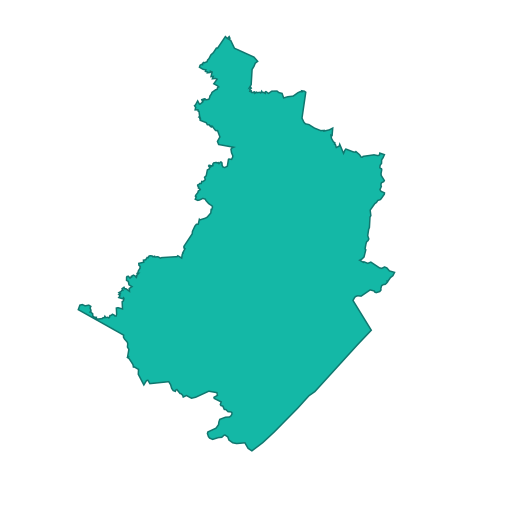 the district of Francisco Z. Mena, Puebla, Mexico, rotated 207°
{"feature_id": "50627088B96858950012844", "entity_name": "Francisco Z. Mena", "entity_type": "district", "adm_level": 2, "iso_a3": "MEX", "parent_name": "Mexico", "parent_adm1": "Puebla", "projection": "robinson", "projection_center": [-97.773, 20.706], "detail": "fine", "context": "isolated", "style": "filled", "palette": "teal", "viewbox_px": 512, "rotation_deg": 207, "n_neighbors": 0, "source": "geoboundaries", "source_scale": "gbopen_adm2", "svg_char_len": 6123}
<svg xmlns="http://www.w3.org/2000/svg" viewBox="0 0 512 512"><g transform="rotate(207 256 256)"><path d="M286.0,424.5L287.7,424.8L290.2,424.0L289.5,423.4L291.2,422.5L292.8,420.5L295.5,415.3L299.9,412.4L303.1,409.4L306.6,412.7L309.8,412.0L312.2,412.5L316.8,410.0L318.7,406.5L321.8,407.0L322.2,406.6L321.6,405.1L323.7,405.1L324.6,404.6L325.8,405.4L325.8,403.4L327.2,403.4L329.1,402.0L329.8,402.3L330.9,400.5L331.7,401.6L332.2,401.4L331.9,400.7L334.1,399.7L335.1,400.9L335.6,400.0L336.3,399.9L336.3,400.9L337.1,401.5L336.5,403.2L337.3,403.3L337.2,403.9L337.6,404.0L338.3,403.0L338.1,406.5L344.2,420.5L343.9,424.0L344.2,427.5L342.9,430.2L348.1,432.3L369.5,431.3L376.4,436.6L378.5,436.8L378.1,438.2L379.5,439.3L380.2,436.8L382.9,437.6L384.6,423.8L385.7,423.3L386.3,417.8L387.5,414.7L387.5,410.5L388.1,408.6L387.8,406.9L389.9,404.6L390.5,404.7L391.0,403.5L390.5,402.2L391.4,402.1L392.4,400.6L392.1,398.5L387.7,398.3L385.2,399.1L384.9,397.5L382.7,398.0L382.5,397.1L380.3,398.6L380.6,399.9L379.7,399.9L379.6,399.4L378.6,399.9L377.5,395.4L375.6,396.6L375.3,394.1L372.7,395.8L370.9,395.9L371.8,390.3L367.9,390.2L366.0,389.7L366.7,388.5L366.3,386.9L367.5,385.7L369.5,381.8L369.3,379.9L369.7,377.6L369.2,376.0L369.2,374.2L371.5,372.4L372.8,372.9L373.6,372.5L373.1,371.6L373.3,370.8L374.6,371.4L375.3,370.7L373.4,369.0L374.8,365.9L375.3,365.6L378.4,367.7L378.5,363.2L379.0,362.0L377.2,361.0L376.6,358.6L374.1,359.9L373.3,358.8L372.3,358.8L369.8,355.1L369.9,354.0L369.2,354.3L368.7,353.3L368.2,353.6L367.5,352.6L367.7,351.8L367.1,351.6L360.8,352.2L359.0,350.9L357.1,351.7L356.4,351.1L353.8,350.5L355.0,351.4L354.0,351.8L349.6,349.7L348.5,349.5L347.2,350.3L342.2,345.7L342.4,340.6L339.9,338.4L325.4,342.7L326.4,341.5L326.8,339.8L324.7,336.9L322.2,334.8L321.7,333.7L321.6,331.0L324.2,330.1L324.4,329.6L322.3,323.0L324.0,320.6L325.7,320.3L327.3,321.3L328.6,323.5L329.6,323.9L330.3,323.6L330.9,321.5L332.1,322.1L332.9,321.2L334.0,321.3L336.0,319.7L336.2,318.2L335.4,316.9L335.7,316.5L339.0,315.6L339.1,314.7L338.6,314.4L336.9,314.7L337.5,313.4L337.1,312.5L338.4,310.6L336.8,304.9L337.6,302.8L336.0,301.3L336.0,300.5L336.9,298.4L338.2,297.8L337.7,295.8L339.1,295.0L339.0,294.5L340.2,292.8L339.8,292.0L338.3,291.4L338.3,290.5L336.5,290.3L335.8,289.8L337.0,287.6L336.6,286.2L337.3,282.6L337.1,281.7L336.1,281.6L335.9,279.0L333.2,279.1L331.8,280.2L329.5,283.2L326.9,283.6L325.8,282.7L322.0,281.2L317.9,280.7L317.0,279.9L316.5,277.3L317.1,277.1L315.8,273.8L317.1,268.5L318.3,266.7L322.5,262.6L323.1,262.9L321.9,258.1L323.5,257.2L324.0,254.8L323.8,249.1L322.9,246.8L324.6,231.8L324.0,231.3L324.0,230.5L322.6,230.3L322.7,225.6L322.3,225.5L322.5,224.1L321.3,220.4L325.8,220.7L326.0,219.6L339.4,211.7L340.2,210.7L343.1,210.8L345.5,209.3L346.2,209.1L346.4,209.6L347.6,208.5L348.5,208.9L350.4,208.2L351.3,207.3L351.3,205.5L352.3,205.3L352.6,202.5L354.4,201.2L353.2,199.5L357.1,196.2L356.1,194.6L354.6,194.2L353.8,192.4L354.1,189.4L353.6,187.4L354.1,186.5L353.6,186.0L352.9,186.7L353.5,184.3L352.9,183.4L352.9,182.5L354.8,183.3L356.5,183.3L357.9,181.2L357.3,180.9L358.2,179.1L360.6,180.0L361.6,179.2L361.7,178.4L360.3,175.5L358.3,175.4L356.1,172.7L352.6,172.4L354.2,169.5L352.7,167.1L357.0,167.8L358.1,167.2L359.4,168.2L360.5,166.1L359.2,165.0L359.8,164.8L360.2,163.0L361.5,161.2L360.0,161.0L360.8,159.6L359.5,159.5L359.8,159.0L359.1,158.2L359.4,156.7L355.6,157.3L355.1,158.7L354.3,158.1L353.8,155.7L354.5,154.5L350.9,148.2L355.5,147.3L356.8,146.2L353.7,140.8L353.4,139.0L354.6,138.5L355.8,139.0L357.5,138.9L358.0,137.5L359.1,136.6L358.7,134.7L359.1,134.0L360.2,134.1L361.9,132.9L363.3,133.7L363.2,132.1L364.3,131.5L364.5,130.5L368.6,127.8L370.1,127.9L370.4,128.9L371.0,128.7L371.2,128.0L373.5,128.3L374.3,128.6L375.3,130.4L377.4,130.9L377.8,131.5L378.4,131.0L378.4,132.7L380.2,134.3L380.3,136.1L382.7,136.3L385.6,134.0L388.7,133.9L390.6,132.3L390.0,127.5L338.0,125.4L337.3,123.6L335.6,122.4L331.4,120.7L330.4,119.5L329.2,116.5L326.9,115.1L324.7,108.1L324.0,108.2L324.4,107.2L322.6,107.0L320.2,105.7L316.3,103.4L314.8,101.4L314.1,101.9L309.2,101.6L307.2,97.2L297.4,90.2L297.0,95.2L296.4,95.9L295.9,96.2L292.6,94.1L276.7,104.4L273.6,102.5L271.1,99.8L268.7,98.5L266.4,98.8L266.7,99.9L265.9,101.1L261.2,99.0L260.2,99.3L258.1,98.6L256.8,97.3L254.7,100.1L248.9,100.0L245.6,102.8L236.7,114.1L228.8,116.5L227.1,114.3L229.3,111.0L228.5,110.1L220.8,110.2L220.3,107.4L219.3,106.8L217.4,107.2L214.6,104.9L213.1,105.5L210.2,104.6L207.7,105.7L206.4,105.5L205.7,104.3L205.7,102.4L206.5,100.5L210.0,98.5L214.1,94.0L213.7,91.2L212.8,88.7L213.5,84.4L219.0,77.4L218.7,75.8L216.4,73.5L214.7,72.7L211.4,72.9L207.1,77.1L204.2,78.9L203.1,81.8L202.4,82.4L199.0,82.0L196.5,79.7L191.9,79.0L188.1,80.1L181.1,84.5L175.7,81.0L171.2,80.5L165.3,92.7L159.9,107.4L149.8,139.3L145.4,155.5L142.0,161.9L125.4,222.6L119.6,242.2L149.4,260.4L149.3,264.0L148.5,265.6L147.2,266.8L144.1,268.0L138.9,277.6L134.8,278.5L134.0,277.8L132.3,277.9L129.6,280.5L129.2,282.4L130.1,283.9L130.6,286.7L129.4,288.5L128.1,289.3L127.4,290.9L127.0,292.7L127.7,293.1L127.0,293.5L126.4,297.8L125.1,300.6L125.1,304.3L130.3,303.3L134.0,304.8L136.5,304.6L138.3,302.1L140.6,301.5L150.9,302.7L153.0,300.2L157.3,299.8L157.4,299.1L161.7,299.3L160.3,301.2L159.3,304.1L161.0,311.4L162.1,311.9L163.6,317.0L163.9,319.0L163.2,320.5L163.2,322.4L165.7,324.8L167.7,330.8L167.9,332.9L172.1,342.4L172.0,344.1L175.1,348.7L173.9,356.7L173.0,358.3L172.7,360.8L170.9,362.6L170.5,363.7L169.7,369.3L170.2,370.6L174.0,370.4L175.7,371.4L175.9,374.9L176.9,375.9L177.4,377.4L177.4,378.3L176.0,380.2L175.9,381.5L181.0,384.6L182.0,386.2L183.1,389.9L183.8,390.7L185.1,390.6L185.9,391.1L186.6,393.3L186.2,395.5L187.7,398.7L187.4,401.2L187.6,404.6L192.4,403.9L191.8,402.1L192.9,400.8L196.8,399.7L205.8,393.4L206.0,392.4L207.1,391.8L209.9,393.3L214.4,394.4L214.7,393.5L216.7,392.9L224.5,392.1L224.8,390.5L224.6,387.2L232.1,393.5L231.7,391.7L233.7,389.1L236.0,391.5L236.9,391.4L237.2,392.7L238.8,392.8L242.1,395.0L244.1,397.7L242.9,397.9L245.7,404.8L248.0,401.6L251.2,398.9L252.1,398.2L252.3,398.8L255.2,397.1L262.0,396.5L268.5,397.1L271.9,396.2L274.0,396.9L277.6,399.7L286.0,424.5Z" fill="#14b8a6" stroke="#0f766e" stroke-width="1.5"/></g></svg>